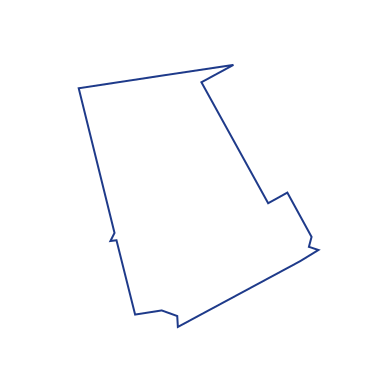 Bleckley, Georgia, United States of America, rotated 286°
{"feature_id": "52423323B95908635814983", "entity_name": "Bleckley", "entity_type": "district", "adm_level": 2, "iso_a3": "USA", "parent_name": "United States of America", "parent_adm1": "Georgia", "projection": "mercator", "projection_center": [-83.355, 32.428], "detail": "fine", "context": "isolated", "style": "outline", "palette": "blue", "viewbox_px": 384, "rotation_deg": 286, "n_neighbors": 0, "source": "geoboundaries", "source_scale": "gbopen_adm2", "svg_char_len": 376}
<svg xmlns="http://www.w3.org/2000/svg" viewBox="0 0 384 384"><g transform="rotate(286 192 192)"><path d="M58.5,171.1L69.8,195.5L68.7,212.0L58.4,215.6L155.3,315.0L171.1,329.5L171.5,319.5L181.8,319.3L217.7,283.8L202.2,268.3L300.1,170.8L325.6,196.8L295.5,130.8L260.5,54.5L131.3,128.8L122.4,127.1L124.8,132.7L58.5,171.1Z" fill="none" stroke="#1e3a8a" stroke-width="2"/></g></svg>